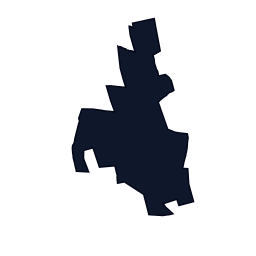 the district of Quintana Roo, Yucatán, Mexico, rotated 159°
{"feature_id": "50627088B14192360660462", "entity_name": "Quintana Roo", "entity_type": "district", "adm_level": 2, "iso_a3": "MEX", "parent_name": "Mexico", "parent_adm1": "Yucatán", "projection": "natural_earth1", "projection_center": [-88.628, 20.839], "detail": "fine", "context": "isolated", "style": "filled", "palette": "ink", "viewbox_px": 256, "rotation_deg": 159, "n_neighbors": 0, "source": "geoboundaries", "source_scale": "gbopen_adm2", "svg_char_len": 3097}
<svg xmlns="http://www.w3.org/2000/svg" viewBox="0 0 256 256"><g transform="rotate(159 128 128)"><path d="M155.3,79.8L150.7,79.0L137.1,60.4L139.3,41.1L139.6,39.7L138.8,39.3L137.9,38.9L137.3,38.6L136.0,38.0L135.9,38.0L126.8,33.8L125.7,33.6L124.7,33.4L123.7,33.1L122.9,33.0L121.9,32.7L121.0,32.4L120.3,32.3L118.9,32.1L118.2,32.0L117.3,31.9L116.8,31.8L117.2,32.8L117.5,33.4L117.9,34.0L118.6,35.4L118.8,35.9L119.5,37.2L119.7,37.7L120.0,38.2L120.7,39.5L121.0,40.1L121.2,40.5L121.5,41.6L121.8,42.9L122.1,43.6L122.3,44.2L122.4,44.7L107.9,44.0L108.2,37.4L93.2,35.8L91.9,49.1L91.4,53.9L86.8,68.6L91.5,70.7L91.1,71.3L91.0,71.5L88.1,76.1L84.4,81.2L84.0,81.4L83.8,82.2L80.7,86.9L79.3,89.7L76.9,94.7L76.2,95.9L75.4,97.4L75.1,99.1L74.7,101.3L83.0,105.6L86.0,107.5L88.3,109.7L91.4,112.6L90.6,139.6L90.5,140.9L90.5,141.4L90.1,141.6L89.9,141.7L89.3,141.8L88.9,142.1L88.5,142.2L88.3,142.5L88.0,142.6L87.4,142.7L86.6,143.0L85.8,143.3L85.2,143.5L83.9,143.9L83.0,144.2L82.2,144.4L81.9,144.4L81.5,144.4L81.1,144.5L80.6,144.6L79.9,144.9L79.7,145.3L79.1,145.5L78.7,145.6L78.1,145.8L77.6,145.9L77.1,146.3L76.6,146.5L75.5,146.3L74.9,146.2L73.8,146.3L72.7,146.5L72.4,146.6L72.1,146.6L71.6,146.8L70.6,156.8L71.7,160.8L73.9,164.5L74.4,164.6L80.9,165.6L80.5,167.3L80.1,169.5L80.1,171.1L80.4,172.0L80.4,173.7L80.2,176.4L80.1,178.8L79.6,180.9L79.1,182.2L79.0,183.2L78.7,184.8L78.7,187.1L72.0,188.1L70.3,188.4L65.8,213.1L64.3,220.8L86.2,224.2L87.1,219.3L88.8,221.5L89.5,222.2L90.5,222.6L92.7,213.5L94.2,196.2L95.4,196.8L95.3,197.2L95.5,197.5L96.6,198.3L97.3,199.0L97.8,199.1L98.5,199.5L99.3,199.8L99.9,200.6L100.5,200.7L101.4,201.6L101.7,202.6L102.0,202.8L102.4,202.9L102.8,203.4L103.3,203.5L103.6,204.1L104.0,204.6L104.8,205.0L105.1,205.8L105.4,206.2L105.8,206.5L106.2,206.6L106.7,206.9L107.6,207.3L107.8,207.4L108.2,207.9L113.8,186.5L115.0,174.7L115.5,166.7L122.2,170.0L128.7,173.4L133.1,175.0L134.4,158.9L134.5,147.8L145.6,153.3L145.5,153.5L154.0,158.2L164.2,162.3L170.5,154.7L170.8,151.7L171.2,151.2L172.2,150.2L179.0,140.5L180.0,139.0L180.7,138.1L181.1,137.6L181.4,137.0L181.8,136.5L182.6,134.8L183.0,134.1L184.6,132.4L185.2,132.1L185.8,131.6L186.3,130.9L186.7,130.1L187.1,129.2L187.4,128.4L187.6,127.7L187.8,127.1L188.0,126.4L188.7,124.1L188.8,123.5L189.0,122.3L189.2,121.8L189.6,120.3L189.7,119.6L189.8,119.6L190.0,118.1L190.3,115.4L190.4,114.3L190.6,113.2L190.7,112.6L190.8,112.1L190.9,111.4L191.2,109.7L191.2,108.9L191.3,108.2L191.6,106.7L191.7,106.1L180.5,101.1L180.5,105.8L180.5,106.6L180.5,107.8L180.5,109.5L180.5,110.4L180.5,111.1L180.5,112.0L180.5,113.6L180.5,114.8L180.4,115.3L180.3,116.0L179.8,117.1L179.4,118.2L178.8,119.6L178.0,121.5L177.5,123.0L176.4,122.9L174.7,122.7L171.5,122.4L167.7,122.0L167.9,120.3L167.9,119.8L168.0,118.7L167.9,117.8L168.0,116.7L168.1,114.4L168.2,113.0L168.3,110.2L168.3,109.7L168.4,107.7L168.5,105.0L168.7,101.8L168.7,101.7L153.8,97.4L154.0,95.4L154.1,94.5L154.2,93.7L154.3,93.1L154.5,92.2L154.7,90.7L154.8,89.8L154.8,88.9L155.0,87.6L155.2,87.2L155.6,86.5L155.9,85.7L156.3,84.4L156.7,83.1L156.8,82.8L157.5,80.2L155.3,79.8Z" fill="#0f172a" stroke="#020617" stroke-width="1.5"/></g></svg>